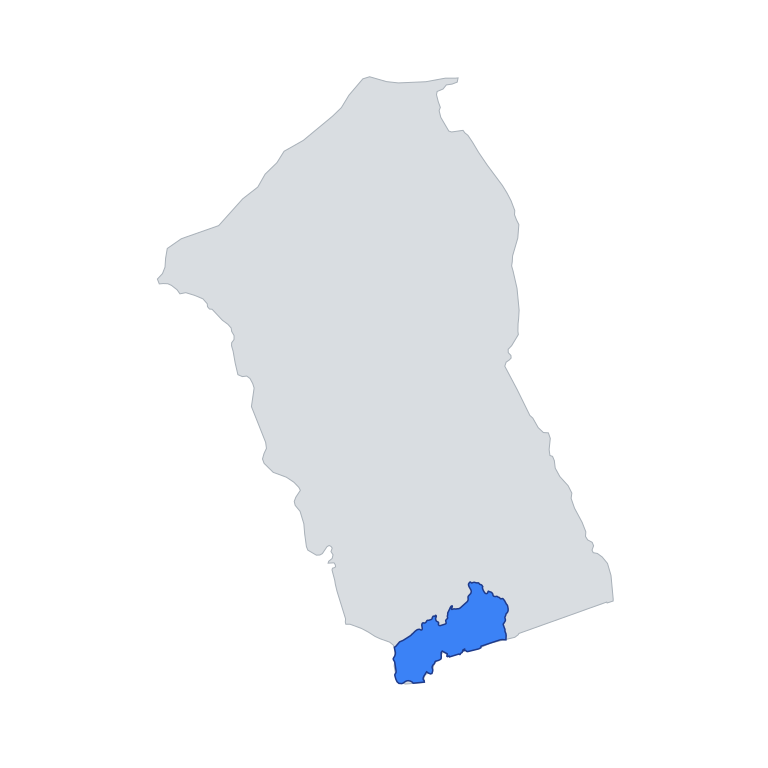 Upper East on a map of Ghana (Robinson projection), rotated 161°
{"feature_id": "GHA-2156", "entity_name": "Upper East", "entity_type": "Region", "adm_level": 1, "iso_a3": "GHA", "parent_name": "Ghana", "parent_adm1": "", "projection": "robinson", "projection_center": [-0.916, 10.731], "detail": "fine", "context": "in_parent", "style": "filled", "palette": "blue", "viewbox_px": 768, "rotation_deg": 161, "n_neighbors": 0, "source": "natural_earth", "source_scale": "10m", "svg_char_len": 6897}
<svg xmlns="http://www.w3.org/2000/svg" viewBox="0 0 768 768"><g transform="rotate(161 384 384)"><path d="M461.7,93.4L466.9,98.9L468.1,102.1L466.2,114.0L462.4,122.4L460.0,130.3L460.3,134.2L462.7,138.1L470.5,144.3L474.6,148.2L479.4,154.3L484.9,160.2L494.3,167.9L498.3,169.3L498.1,171.5L496.8,174.4L495.9,203.2L495.2,210.6L494.5,214.3L493.7,225.1L492.7,226.6L490.9,226.5L489.3,226.9L488.9,229.0L489.5,231.2L495.2,232.8L494.0,234.4L489.8,235.9L487.8,239.1L488.7,242.8L486.4,245.7L487.0,247.7L488.5,249.2L490.9,248.7L497.5,243.7L500.3,243.2L503.7,244.2L510.1,251.7L510.3,255.5L507.8,268.1L505.3,277.9L504.8,290.9L507.5,298.2L507.1,302.2L504.2,305.7L497.7,310.7L498.2,314.1L501.2,320.5L506.7,327.7L517.5,336.5L523.2,348.0L523.3,352.7L520.0,357.4L516.1,361.4L514.9,367.3L516.7,405.8L508.1,422.5L508.0,427.3L508.9,432.8L511.2,436.2L515.5,437.1L519.1,440.4L517.9,452.1L516.0,464.1L515.7,469.8L514.6,472.6L511.3,474.9L510.0,478.6L510.9,483.3L510.3,486.7L512.1,491.2L516.0,496.8L522.2,510.6L524.6,511.7L525.7,514.6L525.0,517.4L527.5,523.5L534.4,529.6L541.7,534.9L547.6,535.7L549.0,540.5L552.9,546.5L555.8,549.2L560.2,550.9L563.9,551.8L564.1,557.0L557.5,560.5L553.0,565.8L549.6,573.9L544.8,582.7L528.5,587.3L522.2,587.4L488.7,587.6L457.3,605.1L439.2,611.3L428.1,621.1L413.2,628.1L402.7,636.6L381.0,640.6L345.4,654.0L334.3,659.2L323.1,668.5L304.7,679.4L297.6,679.2L283.2,669.1L272.4,664.0L246.1,656.2L226.4,653.2L216.9,649.9L214.3,649.3L216.5,645.6L222.0,645.4L227.7,646.5L232.1,643.7L238.5,643.3L240.2,640.4L240.8,633.1L240.7,627.2L242.9,624.5L243.5,617.6L240.4,602.1L238.1,600.3L226.7,598.1L225.8,595.1L223.7,591.8L221.6,583.9L219.1,572.0L215.1,557.3L207.4,533.1L205.5,524.5L204.2,515.8L203.9,505.4L205.5,501.5L205.3,496.1L204.6,490.8L210.0,478.4L220.7,463.3L222.9,457.9L224.9,454.1L225.2,448.7L227.1,431.1L232.2,409.8L235.5,401.8L237.6,397.4L240.2,390.3L240.9,387.0L250.8,378.7L255.3,376.4L256.3,373.2L254.7,369.6L255.4,367.1L257.8,365.9L261.4,364.9L264.0,361.5L259.9,335.3L256.6,309.1L256.4,306.9L254.4,303.3L252.4,292.5L249.1,286.2L244.5,284.3L244.5,278.4L249.2,268.3L250.4,262.4L248.2,260.7L247.9,256.1L249.5,248.7L248.7,244.1L247.9,239.3L243.0,227.8L241.9,219.7L244.3,215.0L244.3,204.6L241.7,188.6L241.3,178.5L243.1,174.3L242.2,170.3L238.7,166.5L238.5,162.8L241.4,159.2L241.1,156.4L237.4,154.3L234.0,149.4L231.1,141.6L231.7,129.1L237.3,106.1L238.0,104.2L244.3,104.3L244.4,105.3L264.0,105.1L286.5,104.8L313.3,104.5L337.7,104.2L338.8,103.2L342.8,101.9L367.4,104.3L382.9,103.1L389.4,103.9L394.2,105.4L404.8,104.5L410.5,105.0L414.8,110.8L416.5,110.7L418.9,108.3L423.1,105.5L427.5,103.3L430.6,98.8L432.4,95.4L435.3,96.1L439.3,95.9L442.0,93.1L443.0,88.6L461.7,93.4Z" fill="#d9dde1" stroke="#a8b0b8" stroke-width="1"/><path d="M453.8,91.6L454.5,93.1L455.8,94.5L457.4,95.5L458.9,95.9L460.4,95.8L463.2,95.0L464.7,94.9L467.4,96.1L468.6,98.2L468.9,101.1L468.7,104.4L468.5,105.5L467.9,106.2L467.2,106.7L466.5,107.4L466.1,108.3L464.4,117.6L464.5,118.5L464.9,120.3L464.7,121.3L464.0,122.0L462.4,123.3L461.2,124.9L460.6,126.5L460.2,130.4L459.9,131.7L458.3,132.1L453.2,135.1L449.3,135.4L441.0,137.4L439.9,137.8L439.3,138.3L438.6,138.4L434.9,140.2L432.9,140.8L432.4,140.9L430.9,140.7L430.5,140.6L430.1,140.4L429.5,139.7L429.2,139.4L428.6,139.2L428.2,139.3L427.9,139.6L427.6,139.9L427.4,140.4L427.3,140.8L426.8,143.7L426.6,144.1L426.3,144.6L425.8,145.2L425.3,145.4L424.8,145.5L424.5,145.3L424.1,145.0L423.6,144.8L422.7,144.8L422.1,145.0L421.6,145.3L420.6,146.2L420.1,146.4L419.7,146.4L418.5,146.0L415.8,146.0L415.3,146.2L414.9,146.5L414.4,147.4L414.0,147.8L413.2,148.4L412.8,148.4L412.4,148.2L412.1,147.9L411.6,147.8L410.9,148.4L410.6,148.5L410.3,148.3L410.1,147.9L410.2,147.4L410.3,147.0L411.2,146.0L411.4,145.7L411.6,145.2L411.7,144.7L411.8,144.2L411.8,143.6L411.7,143.1L411.6,142.6L411.3,142.3L411.0,142.0L410.7,141.7L410.4,141.4L410.2,141.0L410.1,140.6L410.2,140.1L410.4,139.8L410.7,139.5L410.8,139.1L410.9,138.6L410.7,138.2L410.5,137.8L410.1,137.5L409.4,137.2L404.5,137.1L403.7,137.2L403.2,137.5L403.0,138.0L402.8,139.7L402.7,140.2L402.3,140.6L401.8,141.0L400.9,141.4L400.3,141.7L400.0,142.1L399.9,142.6L399.8,143.6L399.7,144.0L399.1,144.7L398.9,145.1L398.6,146.0L398.4,146.5L398.2,146.9L395.0,150.1L394.6,150.5L394.4,150.8L393.5,151.6L392.6,152.1L392.1,152.1L391.8,152.0L391.8,151.6L391.9,151.2L392.9,150.1L393.0,150.1L393.4,149.6L393.5,149.3L393.4,148.9L392.9,148.7L391.7,148.7L391.0,148.6L390.5,148.4L390.1,148.2L389.7,148.0L389.3,147.8L388.2,147.7L387.1,147.4L386.3,147.2L385.7,147.3L384.7,147.5L376.2,151.1L375.5,151.6L375.3,151.9L375.0,152.2L374.7,152.6L374.4,153.5L374.0,155.0L373.7,155.6L373.0,156.2L370.2,157.7L369.7,158.3L369.2,159.1L369.0,159.5L368.9,160.0L368.9,160.5L368.9,161.1L369.5,164.2L369.6,165.3L369.6,165.9L369.5,166.4L369.4,167.0L369.1,167.5L368.5,168.0L367.4,168.7L366.9,168.7L366.6,168.4L366.4,168.0L366.2,167.6L365.9,167.3L365.3,167.3L364.0,167.3L363.5,167.2L363.1,167.1L361.7,166.1L361.3,165.9L361.0,165.7L360.5,165.5L360.1,165.5L359.6,165.3L359.3,165.0L359.1,164.6L358.8,163.7L358.6,163.4L358.2,163.1L357.9,162.9L357.5,162.6L357.3,162.3L357.0,161.9L356.8,161.1L356.6,160.2L357.2,159.6L357.3,159.1L357.4,157.6L357.2,155.7L356.8,154.1L356.5,153.3L356.1,152.8L355.3,152.4L354.9,152.4L354.5,152.5L354.1,152.7L353.3,153.7L353.1,154.0L352.8,154.1L352.7,154.1L352.5,153.9L351.6,153.1L351.0,152.7L350.3,152.1L350.1,151.8L349.9,151.4L349.6,150.4L349.5,149.9L349.7,149.0L349.7,148.4L349.5,147.8L349.2,147.5L348.1,146.8L347.6,146.7L346.7,146.6L346.3,146.4L346.0,146.1L345.7,145.6L345.5,145.4L345.2,145.1L344.8,144.9L344.5,144.6L344.3,144.2L344.1,143.8L343.9,143.3L343.7,143.0L343.3,142.8L342.8,142.7L342.3,142.7L341.8,142.6L341.5,142.4L341.3,142.0L341.0,141.1L340.8,140.7L340.6,140.2L340.5,139.7L340.0,136.5L339.9,136.0L339.5,135.1L339.4,134.5L339.4,133.7L339.8,131.1L340.1,130.2L340.4,129.4L341.1,128.4L341.6,128.0L342.1,127.6L342.9,127.2L343.4,126.9L344.5,125.3L345.6,124.2L345.8,123.8L345.8,123.3L345.9,122.1L346.0,121.3L346.6,120.4L347.8,119.4L348.1,119.1L348.5,118.8L348.9,118.7L349.3,118.3L349.6,117.7L349.6,113.8L349.5,113.3L349.5,112.8L349.6,112.3L349.9,111.6L350.1,110.8L350.1,109.6L350.0,108.2L350.4,106.4L352.0,102.4L352.8,102.7L355.5,103.9L357.5,104.3L367.8,104.4L377.6,104.5L378.3,103.1L380.6,102.7L391.8,103.7L392.4,103.9L393.1,104.4L393.6,105.6L394.0,105.9L394.9,105.9L394.3,107.1L395.8,106.9L397.6,104.7L399.3,104.3L399.8,103.7L400.2,103.5L400.7,103.7L401.1,104.3L410.4,104.6L410.9,104.6L411.0,105.6L411.4,105.7L412.0,105.5L412.7,105.5L413.2,106.2L412.8,106.9L412.2,107.7L412.0,108.3L415.9,112.5L417.3,111.5L418.1,109.4L418.7,107.2L419.5,105.6L420.6,105.2L422.3,104.9L425.5,105.1L425.8,105.0L426.0,104.8L426.3,104.6L426.5,104.4L427.2,103.3L429.4,102.2L430.3,101.3L430.8,100.3L430.9,98.2L431.3,96.9L432.9,94.7L434.4,94.7L436.0,96.1L437.4,98.0L441.5,94.7L442.5,93.5L443.1,92.2L443.0,91.3L442.6,90.5L442.9,89.0L453.8,91.6Z" fill="#3b82f6" stroke="#1e3a8a" stroke-width="1.5"/></g></svg>